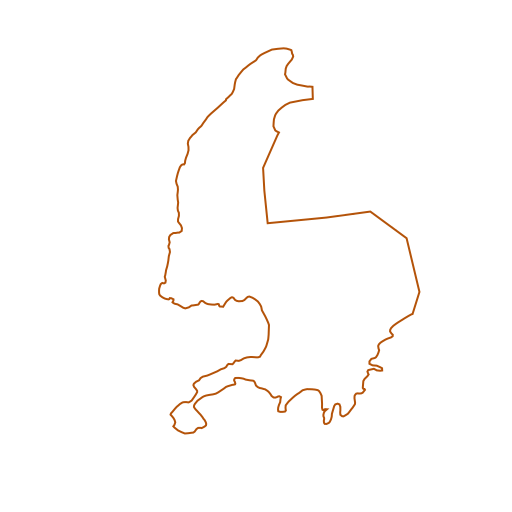 Tapion, Castries, Saint Lucia, rotated 246°
{"feature_id": "8701671B53172954238098", "entity_name": "Tapion", "entity_type": "district", "adm_level": 2, "iso_a3": "LCA", "parent_name": "Saint Lucia", "parent_adm1": "Castries", "projection": "robinson", "projection_center": [-61.005, 14.014], "detail": "fine", "context": "isolated", "style": "outline", "palette": "amber", "viewbox_px": 512, "rotation_deg": 246, "n_neighbors": 0, "source": "geoboundaries", "source_scale": "gbopen_adm2", "svg_char_len": 6107}
<svg xmlns="http://www.w3.org/2000/svg" viewBox="0 0 512 512"><g transform="rotate(246 256 256)"><path d="M387.6,376.4L389.0,373.9L389.6,372.3L390.1,371.5L392.7,367.8L395.8,363.3L399.1,360.0L404.2,357.0L405.6,356.6L410.2,356.4L411.4,357.3L415.1,359.4L417.1,361.3L418.6,363.8L420.9,368.6L423.1,371.1L424.8,371.5L426.1,371.3L428.2,371.8L429.7,372.0L430.7,371.0L433.0,368.3L434.5,365.7L436.4,360.2L438.1,354.5L438.0,346.3L437.8,343.0L437.5,341.2L436.5,338.3L435.0,336.0L434.7,335.2L433.8,329.2L433.2,326.6L432.3,323.4L431.6,320.3L430.3,317.6L428.3,313.7L426.5,311.0L425.7,309.6L423.2,307.6L421.3,306.3L417.4,303.9L414.9,301.1L413.8,299.5L413.3,297.8L412.5,295.8L411.4,292.4L410.4,291.8L409.6,289.0L407.1,281.6L404.4,272.8L403.5,270.3L403.1,269.3L402.6,268.1L401.1,265.8L399.1,262.2L397.1,259.1L396.6,257.7L396.3,256.5L395.4,254.4L393.4,251.2L392.3,247.1L391.4,245.4L390.7,243.8L388.8,241.0L386.3,239.4L383.2,238.7L380.1,237.4L377.2,235.1L374.2,232.0L371.9,230.1L369.7,228.8L368.9,227.5L369.3,226.9L369.5,225.7L369.3,224.6L368.1,222.6L365.6,220.2L363.5,218.3L361.0,216.3L357.1,213.4L354.3,212.8L351.2,212.7L348.4,211.7L346.4,210.6L343.6,208.9L339.3,207.4L336.4,206.6L331.8,203.9L329.2,203.1L326.8,203.1L324.0,201.9L321.4,199.8L319.3,198.8L318.4,198.9L314.5,199.9L311.6,199.7L309.1,198.3L308.6,195.4L309.2,194.0L309.7,192.0L310.6,189.8L310.0,186.3L308.7,184.4L306.6,183.2L303.6,182.7L301.5,181.0L300.8,180.1L298.9,179.5L297.5,179.8L296.8,179.6L294.6,179.0L291.3,176.3L287.4,174.0L285.2,172.5L282.7,170.7L279.4,167.9L278.2,167.2L275.4,165.3L274.1,164.2L270.3,163.6L268.5,162.4L268.4,160.8L268.8,160.3L269.5,159.4L269.1,157.6L267.9,156.3L265.6,154.3L263.7,153.3L261.8,152.5L260.4,152.1L258.9,152.3L257.0,153.3L256.2,153.8L254.3,155.3L253.1,156.7L251.9,158.5L251.9,159.3L252.6,160.1L251.9,161.4L250.0,163.0L248.8,162.4L247.7,160.9L246.6,161.4L245.3,162.5L243.7,164.7L241.5,166.3L238.3,168.5L236.9,170.1L236.4,173.8L237.0,176.9L236.4,178.6L235.1,183.4L235.5,184.4L236.2,185.3L237.0,186.7L237.1,187.9L236.3,189.2L235.6,189.6L233.8,190.5L232.6,191.5L231.5,192.7L229.7,195.7L228.4,198.3L227.7,201.7L227.0,202.4L225.6,202.1L224.5,202.5L223.7,204.2L223.0,205.3L225.4,208.8L226.4,210.4L227.0,212.0L228.1,215.7L228.1,217.3L227.0,218.4L224.4,219.0L222.9,220.1L221.6,221.9L220.8,224.2L220.4,225.2L220.5,227.5L221.3,229.5L222.0,231.7L221.7,233.4L219.3,235.8L217.0,237.4L213.7,239.2L210.6,239.9L208.4,240.1L207.5,240.1L205.6,239.7L204.0,239.3L197.1,239.9L194.0,240.0L190.1,240.0L187.7,239.8L182.4,237.2L178.9,235.5L176.2,234.0L174.8,233.2L172.4,231.2L169.7,228.9L168.9,228.1L168.1,227.1L166.8,225.4L165.6,223.8L163.5,220.1L162.4,218.7L162.6,216.6L163.4,214.9L165.5,211.0L166.1,209.5L167.0,206.6L167.4,203.6L167.3,202.0L167.0,200.0L167.2,197.6L168.8,194.9L168.2,193.5L167.2,191.8L166.7,190.5L168.6,186.9L167.8,184.9L166.9,183.9L166.4,181.5L166.8,177.8L166.4,173.7L166.5,165.2L166.6,162.8L167.2,159.5L167.4,158.3L167.0,155.7L165.6,153.4L165.5,150.1L164.6,147.3L163.5,146.3L161.6,146.2L159.0,147.0L156.8,147.4L155.6,146.9L153.9,144.6L152.5,142.4L150.1,138.4L149.7,135.7L149.7,134.8L151.0,132.7L151.9,130.4L152.1,129.2L151.7,126.3L151.0,124.1L150.5,122.3L149.5,120.0L147.6,116.2L146.8,114.3L145.8,113.4L143.8,114.1L141.5,114.7L139.3,114.9L136.9,114.6L134.9,112.8L134.0,111.2L132.5,111.7L128.4,113.8L125.3,116.4L122.8,118.8L121.6,122.2L120.7,125.4L120.2,126.8L120.5,128.5L122.1,131.2L122.5,133.2L121.5,135.6L120.9,136.3L121.0,138.6L121.2,140.1L121.6,141.4L122.8,142.2L124.4,142.5L126.1,142.4L127.1,142.3L128.7,141.8L130.3,141.6L133.6,140.8L135.5,140.1L138.6,139.1L140.2,138.5L141.8,138.1L143.3,137.9L144.7,138.7L145.2,139.3L145.8,140.1L147.6,143.7L148.9,149.8L149.0,151.4L148.9,152.8L148.8,153.8L148.0,157.2L147.1,160.4L146.6,163.3L146.8,166.0L147.0,167.2L147.9,172.5L148.6,175.4L148.5,177.3L148.2,179.7L147.9,182.0L147.5,183.3L147.3,184.7L147.8,185.2L149.5,185.5L150.7,185.4L151.5,185.5L152.2,186.0L153.0,187.4L152.3,189.1L151.5,190.9L150.2,193.0L149.0,194.7L147.3,196.3L144.8,200.0L143.3,202.6L142.5,203.2L141.8,203.4L140.5,203.5L137.7,203.3L135.5,204.3L133.9,205.7L132.8,207.3L131.4,208.9L130.5,210.1L128.0,211.7L126.9,212.2L126.1,212.5L123.6,213.1L121.8,213.3L119.6,214.5L118.8,216.0L118.6,217.7L118.7,218.9L118.4,220.2L116.9,221.4L115.5,220.3L112.6,218.6L110.6,216.4L108.6,214.7L106.6,213.6L105.1,213.2L103.7,214.8L102.7,217.2L102.1,219.2L102.7,220.4L104.1,220.8L105.5,221.3L106.4,221.8L107.5,222.4L109.3,225.7L109.9,227.0L110.2,227.9L111.6,231.9L112.5,234.9L112.8,236.3L113.2,238.1L113.2,238.9L113.8,241.6L114.4,243.9L114.0,246.7L113.6,248.5L111.5,252.9L109.9,255.7L108.3,257.9L106.9,258.7L104.4,259.1L101.6,259.1L94.0,256.2L90.6,254.6L88.5,254.2L87.8,254.8L88.0,256.8L87.1,258.5L86.2,255.5L85.0,254.1L83.4,252.9L82.0,252.4L80.5,252.4L79.4,252.0L77.8,250.9L76.0,250.3L74.7,250.5L73.9,252.1L73.9,254.6L74.5,256.0L76.3,258.1L78.4,259.8L81.0,261.2L87.1,266.4L88.2,268.1L87.9,270.5L86.5,271.9L83.9,271.7L80.7,270.3L79.1,269.4L78.1,269.0L76.6,268.5L74.6,269.5L73.9,270.7L74.1,272.9L74.5,275.7L75.4,277.5L77.2,280.7L78.0,282.3L78.6,283.3L79.8,285.2L80.5,286.2L81.8,286.9L86.0,288.1L86.8,288.5L88.0,289.1L88.5,289.6L89.1,290.6L89.5,291.6L89.1,293.2L88.5,294.0L87.7,296.2L87.7,297.8L89.4,301.1L90.4,301.0L90.9,300.1L92.0,299.9L93.2,300.5L98.1,303.2L99.6,305.3L99.9,306.2L100.9,308.9L102.0,310.7L102.8,310.6L105.1,310.8L106.1,312.1L106.0,312.8L105.0,317.8L103.1,319.3L102.4,319.8L100.7,322.7L100.1,324.7L102.2,325.5L103.8,324.3L106.7,321.7L108.7,318.0L111.4,315.8L113.6,316.8L115.1,319.6L114.5,323.0L114.7,324.4L116.1,326.6L118.0,328.6L119.9,330.2L121.6,330.3L124.1,331.0L125.3,332.3L126.2,334.5L126.6,336.8L127.0,340.3L127.0,342.9L126.7,346.2L127.1,348.2L128.4,348.9L130.2,348.2L132.5,347.8L133.9,348.5L135.2,350.1L136.4,353.1L137.1,356.2L137.6,359.0L138.7,366.7L139.2,370.9L139.5,374.5L139.3,375.4L156.7,390.7L211.0,400.8L250.1,378.5L262.5,335.9L281.2,280.0L312.3,290.2L333.6,298.3L357.4,324.5L359.5,327.2L361.7,325.4L362.9,324.7L367.4,324.7L370.7,326.4L373.6,328.0L376.8,330.8L377.9,332.2L379.8,335.6L381.1,339.8L382.1,344.3L382.3,349.4L379.4,362.0L376.4,371.8L387.6,376.4Z" fill="none" stroke="#b45309" stroke-width="2"/></g></svg>